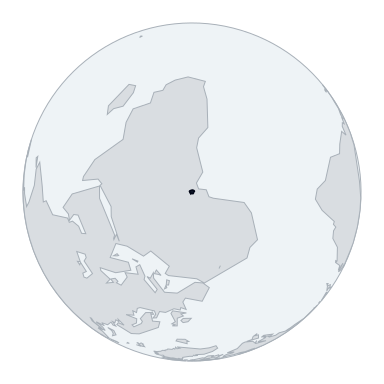 the Earth from above Nord-Ouest, rotated 197°
{"feature_id": "CMR-1477", "entity_name": "Nord-Ouest", "entity_type": "Province", "adm_level": 1, "iso_a3": "CMR", "parent_name": "Cameroon", "parent_adm1": "", "projection": "orthographic", "projection_center": [10.325, 6.427], "detail": "fine", "context": "on_globe", "style": "filled", "palette": "ink", "viewbox_px": 384, "rotation_deg": 197, "n_neighbors": 0, "source": "natural_earth", "source_scale": "10m", "svg_char_len": 8546}
<svg xmlns="http://www.w3.org/2000/svg" viewBox="0 0 384 384"><g transform="rotate(197 192 192)"><circle cx="192" cy="192" r="169" fill="#eef3f6" stroke="#a8b0b8"/><path d="M130.5,34.6L133.6,33.5L136.9,32.3L139.8,31.3L140.7,31.1L136.0,32.7L134.8,33.1L133.9,33.5L131.1,34.5L133.0,33.9L127.1,36.2L134.2,33.7L130.6,35.4L126.3,37.1L125.2,37.2L115.9,41.1L130.5,34.6ZM100.5,50.0L95.5,53.7L91.1,56.9L86.1,61.1L89.3,58.9L94.3,55.0L99.0,52.5L104.5,48.6L107.2,47.2L113.5,43.6L114.2,44.0L111.5,46.7L106.3,49.9L104.9,51.4L111.3,48.5L102.9,55.5L99.6,62.0L97.3,64.1L90.2,67.0L86.8,65.7L77.7,71.5L85.2,68.0L79.2,74.2L78.9,75.5L80.2,75.6L83.2,73.4L81.5,75.9L73.3,79.7L74.8,77.5L77.3,76.2L75.7,75.9L70.1,79.5L67.5,82.8L62.0,86.3L60.0,88.9L57.7,91.4L61.2,86.8L54.9,95.4L47.9,104.0L39.1,120.3L45.1,108.5L52.3,97.0L60.3,86.1L69.2,75.9L79.0,66.4L89.4,57.8L100.5,50.0ZM25.3,164.4L25.4,164.0L25.2,167.7L26.8,161.3L28.6,158.4L26.8,168.1L29.2,159.8L29.2,164.9L33.9,166.5L33.1,168.5L36.8,181.7L43.7,188.7L45.3,196.3L44.2,200.5L47.3,202.4L47.3,205.4L62.2,212.5L71.9,221.2L73.1,231.4L67.8,242.0L69.7,265.7L62.1,271.8L64.7,281.1L66.6,293.7L61.3,291.4L67.5,298.7L68.5,302.2L66.4,301.7L70.1,306.4L68.7,305.9L72.5,309.5L76.4,314.7L82.4,320.0L86.9,324.2L90.9,327.2L90.3,326.9L91.3,327.7L92.5,328.6L81.0,319.4L70.4,309.3L68.1,306.9L68.9,307.7L65.2,303.6L58.1,295.0L50.8,284.3L35.2,251.7L32.4,244.7L28.9,235.6L26.0,223.7L23.7,207.2L23.0,190.5L23.6,181.6L24.9,168.2L25.1,166.0L24.6,169.3L25.3,164.4ZM36.2,126.6L36.6,125.8L34.2,135.5L33.2,135.6L33.8,134.2L34.9,130.5L36.2,126.7L36.1,126.9L36.2,126.6ZM41.0,117.4L41.2,116.5L41.3,116.7L41.0,117.4ZM112.7,43.6L113.1,43.6L111.7,44.3L112.7,43.6ZM115.1,42.2L113.2,43.0L114.1,42.5L115.2,42.0L115.1,42.2ZM117.2,41.4L115.8,41.5L117.4,40.6L123.0,38.1L117.2,41.4ZM136.8,32.3L134.1,33.3L134.7,33.0L136.8,32.3ZM146.2,29.4L147.0,29.2L145.1,29.7L141.2,30.9L146.2,29.4ZM144.4,29.9L147.3,29.2L145.9,29.7L141.5,30.8L144.4,29.9ZM142.2,31.9L142.0,31.6L144.6,30.7L142.2,31.9ZM148.5,28.9L149.0,28.7L150.0,28.4L151.6,28.1L148.5,28.9ZM156.1,27.1L150.6,28.6L150.3,29.2L148.1,29.9L148.9,28.9L156.1,27.1ZM155.2,27.1L155.3,27.2L152.4,27.8L150.7,28.2L155.2,27.1ZM156.6,27.1L157.9,26.7L156.9,27.0L156.6,27.1ZM161.9,25.8L161.6,25.8L161.3,25.9L161.9,25.8ZM161.2,26.1L159.4,26.5L158.1,26.7L161.2,26.1ZM161.8,25.8L163.8,25.5L158.7,26.5L161.3,25.9L161.8,25.8ZM163.0,25.6L163.5,25.5L163.1,25.5L163.0,25.6ZM167.0,25.4L160.9,26.6L158.1,26.9L164.4,25.6L167.0,25.4ZM93.6,329.4L91.4,327.6L97.5,331.8L98.5,332.7L95.6,330.7L93.6,329.4ZM93.0,327.7L93.0,326.9L94.5,327.9L94.9,328.7L93.0,327.7ZM357.0,155.8L356.4,153.1L358.7,165.4L359.6,170.3L360.5,179.0L359.9,173.2L359.3,169.9L357.5,159.2L353.4,144.1L353.5,147.6L351.6,141.4L345.9,129.7L345.0,134.5L344.7,152.2L347.7,168.3L346.3,176.0L337.0,153.9L331.3,139.0L328.9,141.0L318.6,129.5L303.4,130.7L300.5,127.1L297.8,129.2L290.4,126.1L285.5,120.2L281.4,121.1L294.2,136.6L298.5,135.9L300.9,129.1L303.8,134.9L310.8,139.6L306.0,155.1L282.2,170.7L278.5,158.8L253.4,128.2L253.4,124.7L253.2,124.3L252.8,123.6L251.9,129.4L247.1,123.6L262.0,144.8L265.1,154.4L281.9,171.5L280.6,173.5L285.6,176.9L300.0,171.0L300.3,175.1L294.4,194.6L273.3,222.2L275.4,239.4L272.6,254.3L257.8,265.0L257.5,276.2L249.6,280.7L248.1,287.0L240.8,294.1L229.4,300.9L211.6,301.7L211.8,296.1L204.8,285.2L195.7,258.3L201.5,245.5L200.5,235.7L187.5,214.2L190.4,201.9L186.6,196.9L179.0,198.3L174.4,192.4L169.7,192.3L139.1,197.2L129.1,189.4L115.4,165.5L120.4,155.9L120.1,145.0L153.6,108.6L162.1,110.4L190.1,105.2L193.8,106.3L192.0,114.4L214.2,123.5L219.6,116.5L238.2,121.2L249.7,120.5L251.1,105.4L232.3,106.2L227.6,99.3L241.4,92.5L257.6,92.8L256.2,90.2L244.8,84.7L247.2,79.9L240.7,82.6L244.3,85.0L240.3,87.0L236.7,84.9L237.7,83.1L232.5,82.2L229.1,91.7L232.4,95.3L219.5,97.6L223.7,104.0L220.7,107.2L212.4,97.8L212.2,94.2L197.8,84.9L196.8,88.7L210.3,98.0L206.7,97.4L205.4,103.5L203.5,98.4L189.0,88.1L176.5,91.0L162.7,106.5L155.0,108.2L147.5,105.6L150.3,90.5L167.3,88.6L168.6,84.1L163.3,78.0L168.9,78.2L168.8,75.7L175.1,75.1L182.1,69.1L188.1,68.2L189.1,61.3L192.4,60.1L190.9,64.4L193.1,67.3L207.9,66.3L210.3,64.7L209.8,60.5L213.9,61.1L211.5,57.2L219.2,55.5L207.8,54.6L206.8,50.5L210.5,47.4L208.1,46.1L202.1,51.3L201.6,53.7L204.4,55.8L201.1,63.1L196.4,64.6L192.0,57.0L184.8,58.5L184.6,52.6L201.0,40.9L208.7,38.9L225.1,43.2L224.3,45.4L218.0,44.8L225.4,48.7L224.1,46.7L227.5,47.5L227.5,44.5L230.0,44.9L225.7,41.5L228.7,41.7L231.4,43.9L233.9,40.4L239.6,40.6L239.0,39.6L236.7,38.5L245.6,39.9L244.7,39.2L241.5,38.4L237.7,36.6L234.5,34.2L237.8,34.8L239.3,35.7L247.6,39.0L251.3,41.9L252.3,42.0L249.8,39.6L239.8,35.6L237.0,34.0L241.9,35.6L239.9,34.9L239.5,34.3L242.1,34.5L236.8,32.7L227.9,27.7L232.1,28.1L237.5,29.6L235.4,28.7L247.2,32.3L258.7,36.8L269.8,42.0L280.6,48.1L290.8,55.0L300.6,62.5L309.7,70.8L318.2,79.7L326.1,89.2L333.2,99.3L339.6,109.8L345.2,120.8L350.0,132.2L354.0,143.9L357.0,155.8ZM143.8,126.7L143.3,129.9L143.8,126.7ZM276.0,101.3L284.8,101.4L278.5,92.7L281.3,92.2L278.1,89.6L278.0,92.1L269.8,85.1L272.7,82.5L270.4,79.0L267.3,78.9L263.3,84.9L275.0,94.5L274.0,98.3L276.0,101.3ZM34.1,166.4L34.5,168.5L33.6,168.3L34.1,166.4ZM31.8,139.3L31.9,139.9L31.5,141.5L31.2,141.7L31.8,139.3ZM35.6,142.6L36.3,143.9L35.1,144.2L35.6,142.6ZM34.2,136.8L35.0,141.9L32.6,143.8L32.3,140.8L33.2,140.5L34.2,136.8ZM38.4,122.6L38.2,123.4L37.4,125.1L38.4,122.6ZM41.1,117.6L41.6,116.2L41.1,117.6ZM79.7,73.9L80.3,73.7L81.1,74.3L79.6,75.1L79.7,73.9ZM91.3,71.7L88.3,75.7L89.4,73.2L86.7,74.8L85.7,71.8L96.0,65.1L91.5,68.5L91.3,71.7ZM87.3,66.7L86.7,68.9L86.9,66.8L87.3,66.7ZM162.3,64.5L165.0,65.8L163.5,68.5L155.8,71.0L157.9,66.8L162.3,64.5ZM169.2,67.0L167.0,59.6L171.7,58.2L169.5,60.1L172.8,60.0L170.0,63.1L176.6,69.7L175.7,72.7L162.0,74.7L167.0,72.2L164.0,70.9L169.2,67.0ZM153.2,47.5L152.3,45.5L163.7,44.9L163.2,46.9L155.5,49.1L151.5,48.1L153.2,47.5ZM127.4,37.5L126.3,37.7L127.6,37.1L129.6,36.5L127.4,37.5ZM141.9,31.8L133.4,36.5L131.8,36.8L128.8,39.9L123.3,42.0L125.4,39.8L118.9,44.1L118.6,43.0L114.7,45.9L120.0,40.9L119.5,40.5L122.2,40.1L127.2,38.0L129.3,37.0L134.7,34.1L136.1,32.8L141.3,31.1L144.7,30.2L145.1,30.2L141.6,31.2L144.8,30.6L140.0,32.2L141.9,31.8ZM180.9,27.5L176.6,27.6L182.2,28.7L177.4,29.3L178.4,29.4L175.5,30.5L173.7,32.1L171.3,32.4L171.6,32.9L169.7,33.9L169.3,34.8L164.9,35.7L164.1,37.0L162.5,36.7L162.3,38.9L160.5,37.7L157.9,39.1L161.0,39.5L138.1,44.3L130.0,48.0L124.1,52.0L121.8,50.2L125.8,45.5L133.0,40.4L141.2,37.4L138.6,37.4L141.8,36.1L142.5,36.6L143.4,35.0L146.2,34.2L152.6,31.1L152.1,29.9L154.4,29.0L156.0,29.1L157.2,28.2L161.8,27.8L163.6,27.2L169.9,26.6L172.0,27.5L173.8,26.8L178.7,26.6L180.9,27.5ZM168.7,25.2L172.2,25.5L171.4,26.2L160.7,27.2L158.5,27.7L151.6,28.9L153.1,28.0L154.9,27.7L157.0,27.2L155.7,27.7L158.3,27.0L160.9,26.7L163.6,26.1L164.0,26.3L168.7,25.2ZM197.2,103.2L199.9,103.4L204.0,102.9L203.3,107.0L197.2,103.2ZM187.2,96.2L189.5,95.6L190.5,100.6L187.7,100.6L187.2,96.2ZM190.0,91.3L189.6,95.2L188.1,93.1L190.0,91.3ZM193.0,63.8L195.4,63.2L195.9,64.1L195.0,65.7L193.0,63.8ZM196.6,32.8L194.2,32.3L194.7,31.9L192.1,30.2L195.4,29.9L198.3,30.8L196.6,32.8ZM248.4,108.1L245.6,111.1L243.6,109.8L245.0,109.0L248.4,108.1ZM223.7,109.0L229.8,110.6L223.5,110.1L223.7,109.0ZM199.7,32.1L198.3,31.4L200.8,31.7L199.7,32.1ZM197.7,29.6L200.6,29.7L195.5,29.6L197.7,29.6ZM287.3,324.5L286.6,326.2L285.0,326.6L287.3,324.5ZM297.1,250.0L283.7,276.5L277.0,277.2L277.1,269.8L283.0,253.9L291.3,248.8L295.7,241.4L297.1,250.0ZM360.9,195.5L359.5,177.6L360.0,177.6L360.8,184.0L360.9,195.5ZM348.3,169.8L351.0,179.1L349.9,181.0L348.3,169.8ZM226.0,31.3L226.0,33.8L228.2,36.0L232.9,37.8L226.3,36.7L222.9,33.2L226.0,31.3ZM227.4,27.9L223.2,26.9L224.9,27.0L226.1,27.3L227.4,27.9ZM224.9,27.5L220.0,27.0L217.6,26.3L222.0,26.8L224.9,27.5ZM210.0,28.6L209.7,29.3L207.7,28.9L210.0,28.6Z" fill="#d9dde1" stroke="#a8b0b8" stroke-width="1"/><path d="M190.2,191.7L190.4,191.0L190.4,190.9L190.5,190.9L190.6,191.0L190.7,190.9L191.4,190.3L191.5,190.3L191.6,190.6L192.5,190.7L192.6,190.2L192.7,189.9L192.8,190.0L193.1,190.3L193.4,190.4L193.5,190.5L193.6,190.9L194.0,191.0L194.2,191.3L194.1,191.5L194.2,191.8L194.3,191.9L194.3,192.0L194.6,192.0L194.6,192.3L194.4,192.5L194.2,192.6L194.0,192.9L193.9,193.0L193.6,193.2L193.4,193.2L193.2,193.2L192.9,193.5L192.7,193.8L192.6,193.7L192.0,193.8L192.0,194.0L191.9,194.0L191.7,193.9L191.3,194.1L191.2,194.0L190.8,194.0L190.6,194.0L190.5,193.9L190.4,193.9L190.3,193.7L190.2,193.7L189.9,193.5L189.9,193.3L189.9,193.2L190.2,193.0L190.3,192.9L190.4,192.7L190.5,192.6L190.3,192.0L190.3,191.8L190.2,191.7L190.2,191.7Z" fill="#0f172a" stroke="#020617" stroke-width="1.5"/></g></svg>